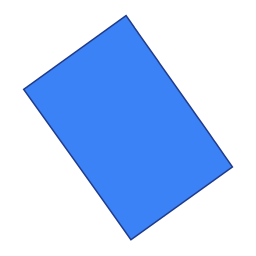 LaGrange, Indiana, United States of America, rotated 55°
{"feature_id": "52423323B51679482550394", "entity_name": "LaGrange", "entity_type": "district", "adm_level": 2, "iso_a3": "USA", "parent_name": "United States of America", "parent_adm1": "Indiana", "projection": "albers", "projection_center": [-85.418, 41.642], "detail": "fine", "context": "isolated", "style": "filled", "palette": "blue", "viewbox_px": 256, "rotation_deg": 55, "n_neighbors": 0, "source": "geoboundaries", "source_scale": "gbopen_adm2", "svg_char_len": 483}
<svg xmlns="http://www.w3.org/2000/svg" viewBox="0 0 256 256"><g transform="rotate(55 128 128)"><path d="M221.2,189.7L219.8,64.8L205.4,64.8L189.6,64.7L189.3,64.7L189.0,64.8L181.7,64.7L179.2,64.7L175.3,64.7L171.3,64.7L166.3,64.7L158.5,64.8L146.9,64.8L127.6,64.9L125.6,64.9L92.3,65.1L91.4,65.0L55.7,65.2L55.4,65.1L49.7,65.2L48.7,65.1L45.6,65.1L39.7,65.1L38.4,65.1L34.8,65.1L36.5,191.3L129.2,190.3L175.3,189.9L221.2,189.7Z" fill="#3b82f6" stroke="#1e3a8a" stroke-width="1.5"/></g></svg>